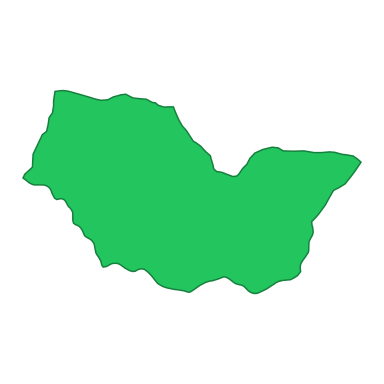 Shemjong, Chirang, Bhutan
{"feature_id": "84629894B63764516450796", "entity_name": "Shemjong", "entity_type": "district", "adm_level": 2, "iso_a3": "BTN", "parent_name": "Bhutan", "parent_adm1": "Chirang", "projection": "natural_earth1", "projection_center": [90.166, 27.038], "detail": "fine", "context": "isolated", "style": "filled", "palette": "green", "viewbox_px": 384, "rotation_deg": 0, "n_neighbors": 0, "source": "geoboundaries", "source_scale": "gbopen_adm2", "svg_char_len": 2492}
<svg xmlns="http://www.w3.org/2000/svg" viewBox="0 0 384 384"><path d="M361.0,162.2L357.8,159.3L353.1,156.0L346.2,154.8L342.0,154.3L334.6,152.3L329.4,151.9L321.5,152.6L314.1,152.6L304.0,150.9L293.0,151.2L283.2,150.9L278.3,147.9L272.2,147.2L262.7,149.5L254.8,153.1L249.9,158.4L246.8,164.4L242.8,168.3L238.5,174.6L236.3,176.2L232.8,176.5L226.4,174.1L221.8,172.3L216.8,171.6L213.8,169.0L213.0,165.2L211.3,159.5L210.3,155.7L205.5,151.5L200.6,146.1L196.2,142.9L193.2,141.1L186.3,130.4L182.2,125.9L178.6,119.4L175.3,111.9L173.4,106.9L168.2,106.9L163.8,107.1L158.1,105.2L155.4,102.8L152.4,102.5L146.3,99.2L141.9,98.9L133.1,98.0L130.9,96.9L125.7,94.2L121.0,94.8L117.2,95.9L113.6,96.8L107.8,99.8L101.1,100.3L95.7,99.2L91.0,97.7L80.9,94.7L67.9,91.1L62.7,90.5L55.0,91.4L54.2,96.5L53.6,100.9L53.6,105.7L52.5,112.8L49.1,117.7L48.2,124.2L46.6,131.4L42.4,134.6L39.1,141.5L35.6,148.9L33.1,154.2L32.4,167.2L24.8,174.2L23.0,178.0L25.6,179.9L29.3,182.9L32.6,184.5L34.3,184.9L36.9,184.9L38.9,184.9L44.1,185.0L46.7,185.9L48.7,187.2L50.6,189.3L52.0,193.2L53.7,196.6L54.6,198.2L56.8,199.5L59.6,198.9L61.4,198.6L64.0,199.6L65.5,201.2L68.4,206.5L70.3,208.2L71.6,210.1L72.7,212.4L72.8,214.5L72.8,220.3L73.5,223.1L75.4,224.6L77.3,225.3L79.3,226.4L81.4,229.0L82.5,230.8L84.6,235.7L86.4,237.1L88.5,238.3L90.3,239.3L91.9,240.7L93.4,242.6L94.3,244.6L95.8,252.5L96.7,254.4L98.5,257.0L100.7,260.8L101.9,265.3L103.2,267.1L106.4,266.5L111.0,264.0L112.9,263.4L116.3,263.3L118.3,263.7L120.8,265.0L125.0,268.1L129.8,270.7L132.8,271.5L135.3,271.2L137.1,270.1L139.2,269.1L142.6,268.9L144.6,269.5L147.0,271.3L148.9,273.0L151.5,275.8L153.0,277.6L155.5,280.8L157.6,283.4L160.3,285.1L163.1,286.6L165.0,287.2L166.6,287.8L174.2,289.4L178.8,289.9L184.7,291.0L188.3,292.2L190.2,292.0L192.5,290.6L200.0,285.3L205.6,282.4L209.4,281.2L213.0,280.6L218.7,278.8L223.7,276.8L225.7,277.1L228.8,278.6L233.3,282.1L235.5,283.6L238.5,284.5L241.7,285.2L243.9,286.3L248.2,290.6L249.9,291.9L251.9,292.9L254.3,293.5L256.9,293.4L259.0,292.6L262.4,291.0L264.9,289.8L267.6,288.3L271.8,285.5L273.9,284.2L275.9,282.7L278.5,281.5L282.7,280.4L290.6,279.7L295.0,277.3L297.5,275.6L300.6,271.7L300.2,267.6L300.3,265.6L301.1,263.3L302.4,261.0L306.1,255.8L308.2,252.6L308.7,250.7L308.9,243.7L309.1,241.4L310.6,238.4L312.5,235.0L313.2,232.2L313.0,230.2L312.5,226.7L311.9,224.6L311.7,221.7L316.0,217.2L318.9,213.8L325.4,204.9L328.8,198.6L333.5,190.4L338.9,187.7L345.1,183.9L351.3,176.1L355.4,170.6L361.0,162.2Z" fill="#22c55e" stroke="#15803d" stroke-width="1.5"/></svg>